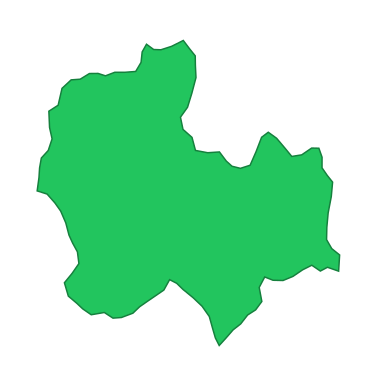 outline of Maripá de Minas, Minas Gerais, Brazil, rotated 186°
{"feature_id": "56859067B21649458076971", "entity_name": "Maripá de Minas", "entity_type": "district", "adm_level": 2, "iso_a3": "BRA", "parent_name": "Brazil", "parent_adm1": "Minas Gerais", "projection": "equal_earth", "projection_center": [-42.96, -21.697], "detail": "fine", "context": "isolated", "style": "filled", "palette": "green", "viewbox_px": 384, "rotation_deg": 186, "n_neighbors": 0, "source": "geoboundaries", "source_scale": "gbopen_adm2", "svg_char_len": 1417}
<svg xmlns="http://www.w3.org/2000/svg" viewBox="0 0 384 384"><g transform="rotate(186 192 192)"><path d="M309.4,88.4L304.1,75.5L295.1,69.4L288.4,64.3L279.4,59.4L266.6,63.0L257.4,58.3L249.1,59.8L238.1,65.3L232.1,72.4L224.7,78.8L216.1,86.1L209.7,91.6L205.1,102.5L197.7,99.6L190.7,94.1L180.0,87.1L170.0,79.4L161.8,70.0L157.0,57.9L153.5,49.3L148.9,42.2L143.0,50.2L136.7,59.2L129.8,65.9L123.8,75.5L116.4,81.4L111.1,90.4L115.2,104.1L110.8,115.1L102.2,112.7L92.2,113.5L82.8,118.6L73.8,126.2L65.2,131.7L56.1,126.8L49.4,131.3L37.9,128.6L38.6,144.8L47.1,150.3L53.2,158.7L54.2,170.9L54.4,185.4L53.0,202.0L53.2,216.5L59.2,222.6L65.2,229.6L66.3,240.2L70.4,248.8L77.6,248.2L86.8,240.4L96.5,237.8L104.1,245.3L113.5,254.3L122.4,259.4L128.5,253.7L132.5,238.8L137.0,224.7L146.3,220.6L154.9,221.8L161.1,226.3L168.9,234.7L180.5,232.7L192.9,233.7L197.7,246.3L207.5,253.3L211.3,265.2L205.3,275.8L202.5,290.1L200.0,306.2L201.9,318.5L203.0,327.7L209.4,334.2L216.5,341.8L227.6,334.7L237.8,330.2L245.0,329.7L252.7,334.2L256.2,326.1L256.2,315.6L260.6,306.0L271.5,304.0L281.3,303.0L290.2,298.5L297.8,300.1L306.4,299.1L315.0,292.5L323.9,290.9L332.1,281.5L334.2,264.3L342.8,257.4L340.4,241.2L336.7,230.2L339.3,218.3L345.4,210.0L346.1,200.0L345.7,190.4L346.1,176.9L335.9,174.8L327.3,166.9L320.6,159.3L314.3,148.1L309.8,136.2L305.3,128.6L299.7,120.5L297.0,109.0L302.7,98.6L309.4,88.4Z" fill="#22c55e" stroke="#15803d" stroke-width="1.5"/></g></svg>